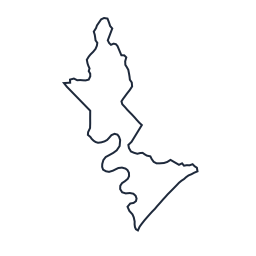 the district of Navegantes, Santa Catarina, Brazil, rotated 33°
{"feature_id": "56859067B7965125554274", "entity_name": "Navegantes", "entity_type": "district", "adm_level": 2, "iso_a3": "BRA", "parent_name": "Brazil", "parent_adm1": "Santa Catarina", "projection": "robinson", "projection_center": [-48.723, -26.826], "detail": "fine", "context": "isolated", "style": "outline", "palette": "slate", "viewbox_px": 256, "rotation_deg": 33, "n_neighbors": 0, "source": "geoboundaries", "source_scale": "gbopen_adm2", "svg_char_len": 2236}
<svg xmlns="http://www.w3.org/2000/svg" viewBox="0 0 256 256"><g transform="rotate(33 128 128)"><path d="M98.1,155.6L101.3,156.0L103.5,156.9L106.1,157.4L108.5,157.4L110.9,156.7L113.4,154.6L115.6,152.0L117.0,149.4L117.5,146.7L118.0,143.0L119.9,140.2L122.8,139.3L125.2,140.2L128.0,142.4L130.8,147.7L130.7,152.9L129.2,156.9L126.9,161.2L125.1,164.5L124.8,168.3L126.0,172.2L127.5,174.7L129.8,176.5L133.1,176.3L136.0,175.1L138.6,172.0L140.3,169.1L141.7,166.8L144.5,164.5L148.0,163.4L150.5,163.6L153.2,165.1L155.1,167.8L155.5,170.7L154.4,174.3L153.0,177.5L153.0,180.7L154.7,183.5L158.1,185.1L161.7,184.1L165.0,181.5L168.3,180.2L171.3,180.7L173.6,182.5L174.5,185.0L173.5,187.8L171.0,190.1L170.5,194.3L174.3,196.8L178.8,198.0L181.5,199.8L184.5,202.8L186.0,205.2L187.8,207.3L189.8,208.6L192.1,208.5L191.5,204.3L191.7,200.8L192.1,196.4L192.7,192.1L193.2,188.7L193.8,185.0L194.6,181.2L195.0,177.7L195.8,172.6L196.3,168.9L196.9,165.4L197.4,162.0L198.3,157.8L199.2,153.4L200.0,149.4L200.6,146.1L201.6,143.0L202.8,140.3L203.5,137.6L204.6,134.8L206.4,132.2L207.9,129.4L209.9,126.5L207.4,123.8L204.7,123.8L201.9,123.2L199.9,125.8L197.5,127.2L195.5,129.1L192.6,128.2L190.8,131.1L181.0,131.6L179.4,135.1L177.2,137.8L173.9,140.3L171.1,142.1L168.0,142.4L164.9,141.2L162.2,139.6L158.8,140.9L156.4,141.0L153.8,140.9L151.8,142.4L149.9,144.5L146.6,145.5L143.2,146.1L139.7,144.3L137.5,142.0L138.5,137.7L138.0,118.0L134.6,117.4L131.1,116.5L128.4,115.7L124.5,114.7L120.0,113.7L117.4,113.1L114.4,112.2L110.3,111.2L108.0,109.2L108.0,106.2L108.2,103.0L108.4,99.6L108.8,95.2L108.8,90.9L106.4,87.8L103.3,86.5L101.4,84.2L99.5,82.1L96.5,79.0L93.6,77.5L91.4,76.5L89.3,73.6L88.1,69.7L85.3,69.1L82.8,70.6L74.6,65.0L72.2,64.3L70.0,65.1L68.4,67.5L65.9,67.0L63.3,65.5L60.6,53.1L57.5,52.2L54.5,49.8L51.2,47.4L48.0,48.8L46.3,51.5L46.2,55.6L46.1,58.9L46.8,61.7L46.8,65.8L49.3,67.9L51.2,70.0L53.1,72.2L55.9,73.3L57.1,76.0L57.7,79.4L57.3,83.1L56.5,86.7L56.2,89.5L56.3,93.2L58.9,95.9L60.8,97.4L63.3,99.0L64.1,101.7L66.7,103.0L68.2,105.2L68.7,108.8L66.5,111.2L64.1,112.6L61.8,113.8L59.4,115.6L55.7,116.0L53.0,119.0L54.8,121.5L52.9,122.9L49.8,125.2L54.2,126.7L86.9,134.1L91.0,140.5L93.7,144.6L96.2,148.7L96.8,153.2L98.1,155.6Z" fill="none" stroke="#1e293b" stroke-width="2"/></g></svg>